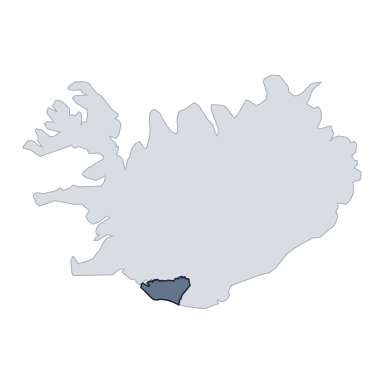 location of Rangárþing eystra, Suðurland, Iceland
{"feature_id": "244011B21062297179388", "entity_name": "Rangárþing eystra", "entity_type": "district", "adm_level": 2, "iso_a3": "ISL", "parent_name": "Iceland", "parent_adm1": "Suðurland", "projection": "orthographic", "projection_center": [-19.715, 63.654], "detail": "fine", "context": "in_parent", "style": "filled", "palette": "slate", "viewbox_px": 384, "rotation_deg": 0, "n_neighbors": 0, "source": "geoboundaries", "source_scale": "gbopen_adm2", "svg_char_len": 7524}
<svg xmlns="http://www.w3.org/2000/svg" viewBox="0 0 384 384"><path d="M293.8,95.7L297.2,95.8L302.6,92.9L310.1,84.9L313.4,83.0L321.1,82.4L312.3,90.3L309.4,98.4L307.1,102.5L307.2,104.2L314.2,108.5L317.3,106.7L318.8,107.2L320.2,109.3L321.5,113.7L321.2,118.4L319.7,123.2L317.4,127.3L317.8,128.5L320.0,129.0L330.9,125.8L332.6,131.4L333.8,133.2L333.6,135.1L329.7,141.6L334.6,137.3L338.6,135.9L345.9,137.2L349.0,139.2L351.0,142.9L354.4,141.4L356.2,143.5L356.5,145.8L355.6,152.5L351.7,156.1L354.6,160.6L356.8,160.5L357.3,161.6L357.3,164.4L354.3,168.0L360.1,171.1L360.9,172.4L361.0,176.6L360.3,179.1L358.8,180.6L354.9,181.2L352.6,183.0L353.7,185.5L353.6,192.6L351.0,198.7L348.4,202.1L345.7,204.3L337.6,202.8L338.3,207.7L335.7,211.1L336.5,213.6L337.6,214.8L337.4,218.2L334.3,225.3L331.9,227.7L327.0,230.8L320.0,237.6L312.5,238.0L294.5,248.1L287.5,253.4L275.0,268.6L269.6,272.6L260.1,274.9L231.6,285.4L228.5,291.2L228.3,292.4L229.7,294.6L227.6,298.7L223.3,301.7L221.2,301.7L217.5,299.4L217.1,300.6L218.6,303.6L204.4,308.8L184.6,306.4L167.1,299.4L153.2,297.9L143.6,288.1L143.3,286.5L144.4,283.6L147.9,282.4L146.3,279.4L140.4,284.5L138.5,284.3L136.0,282.2L135.9,280.1L131.1,279.3L122.8,272.9L122.2,271.4L124.2,269.4L123.9,269.0L119.3,269.2L112.5,274.8L73.1,275.6L71.9,272.5L70.8,261.3L72.4,256.6L74.0,257.1L78.3,263.7L88.9,260.6L93.2,258.4L97.4,252.4L99.7,250.5L103.1,242.9L106.5,238.2L113.1,236.2L107.3,234.6L97.3,240.5L94.0,240.4L95.6,237.7L99.1,234.8L96.8,234.5L96.0,233.1L96.0,230.2L97.8,225.6L109.6,217.7L106.9,216.1L98.8,222.1L92.9,224.1L88.3,221.0L86.2,217.0L86.5,215.4L89.4,210.5L89.0,209.6L87.1,209.0L82.3,204.2L74.3,204.3L54.6,200.7L39.4,206.1L36.0,202.9L33.5,196.4L34.2,194.0L36.9,192.8L44.2,193.5L55.0,191.1L60.1,187.8L61.9,188.8L62.7,190.6L69.4,188.2L73.0,185.1L78.9,186.9L101.1,186.1L104.1,182.0L105.4,177.0L104.9,175.9L96.6,180.3L94.8,180.1L85.5,177.3L82.3,174.4L83.5,172.2L88.6,167.6L101.5,160.1L103.3,158.5L103.6,156.6L98.7,153.0L89.3,153.6L87.0,149.5L79.4,146.7L74.1,148.0L71.5,145.4L40.1,156.4L30.5,149.9L23.5,148.4L23.0,146.5L27.6,141.2L30.5,140.4L33.3,141.1L38.4,145.4L42.1,146.8L37.8,140.8L37.9,135.2L36.6,133.7L35.4,130.0L36.1,128.8L41.6,129.9L50.1,136.9L54.6,136.0L60.5,132.2L47.9,129.2L44.3,123.9L47.2,121.5L53.8,122.2L47.0,113.1L46.8,111.6L48.3,107.8L57.1,111.7L52.7,106.3L52.6,105.1L54.0,104.3L55.0,101.2L57.3,100.1L61.8,101.4L68.6,107.7L69.5,109.4L69.5,115.5L72.3,114.7L75.6,115.7L78.6,111.7L80.5,112.8L81.8,116.5L81.2,124.6L83.3,121.9L86.6,121.8L87.5,115.2L87.1,109.8L76.5,103.2L72.5,98.5L73.1,97.0L75.2,95.8L86.5,95.2L81.8,92.4L80.8,89.7L72.2,90.3L68.0,89.0L67.9,87.6L69.8,85.7L75.1,81.8L84.9,81.9L88.8,83.2L96.0,92.6L101.9,96.5L111.8,109.2L118.2,114.2L118.5,115.4L117.3,116.8L114.8,118.4L118.6,120.6L120.9,123.9L121.0,125.3L118.6,135.2L116.0,138.4L109.9,136.3L111.3,139.6L115.6,143.1L116.5,145.0L115.8,146.8L117.9,146.3L118.6,147.4L117.5,153.0L116.3,155.0L120.0,156.3L122.4,159.1L125.3,170.6L127.1,161.9L128.1,158.7L129.6,157.5L131.6,148.6L135.8,143.4L139.7,141.5L143.6,147.8L146.5,148.4L149.6,137.5L150.1,129.4L149.3,120.5L149.8,114.2L151.8,110.4L154.4,109.3L159.8,113.1L164.3,121.9L171.2,131.5L176.0,133.9L176.9,133.6L177.7,130.5L177.0,117.9L179.2,111.1L184.8,109.4L193.2,103.2L195.2,102.9L199.4,106.5L207.2,119.0L212.8,124.8L215.8,134.1L217.1,135.9L218.2,132.9L218.2,128.7L211.2,109.4L211.1,106.7L211.7,104.6L223.4,105.4L226.1,107.4L234.6,118.3L238.4,113.6L245.8,100.2L248.6,100.5L255.5,105.5L258.2,104.9L265.8,99.8L267.2,93.6L263.2,81.3L264.5,78.7L271.5,75.2L279.3,75.4L288.1,86.5L288.8,91.8L293.8,95.7Z" fill="#d9dde1" stroke="#a8b0b8" stroke-width="1"/><path d="M181.7,295.6L190.0,285.5L188.9,280.9L189.0,279.7L188.9,279.7L188.7,279.4L188.6,279.2L188.4,279.1L187.9,278.9L187.7,278.8L187.2,278.9L187.0,279.2L186.9,279.2L186.7,279.0L186.5,278.8L186.3,278.7L186.2,278.6L186.0,278.4L185.9,278.4L185.7,278.2L185.4,278.2L185.2,278.0L184.9,277.8L184.9,277.7L185.1,277.6L185.2,277.4L184.9,277.0L184.8,276.9L184.7,277.0L184.6,277.3L184.3,277.3L184.2,277.4L184.1,277.2L183.9,277.3L183.6,277.2L183.5,277.3L183.4,277.3L183.2,277.4L183.0,277.5L182.8,277.6L182.7,277.8L182.4,277.8L182.3,277.7L182.1,277.6L182.2,277.4L182.2,277.2L182.1,276.9L182.2,276.7L181.9,276.5L181.7,276.5L181.4,276.6L181.2,276.5L180.9,276.7L180.7,276.8L180.4,276.9L180.1,276.9L180.0,277.1L179.8,277.3L179.8,277.5L179.7,277.5L179.6,277.4L179.5,277.5L179.4,277.6L179.1,277.7L179.0,277.8L178.9,277.8L178.8,278.0L178.7,278.0L178.4,278.3L178.4,278.2L178.3,278.3L178.2,278.3L177.9,278.3L177.7,278.3L177.4,278.4L177.1,278.3L176.9,278.4L176.8,278.5L176.7,278.5L176.4,278.6L176.2,278.5L176.2,278.4L175.8,278.4L175.6,278.5L175.3,278.8L175.1,278.9L174.9,279.1L174.0,280.9L168.4,280.3L164.6,281.0L161.8,280.5L161.3,280.7L161.0,280.7L161.0,280.8L160.9,280.8L160.7,281.0L160.1,281.1L159.8,281.1L159.4,280.9L159.2,281.1L159.0,280.8L159.0,280.7L159.0,280.4L158.8,280.3L158.7,280.1L158.4,280.0L158.3,279.9L158.2,279.9L157.9,279.8L157.6,279.8L157.4,279.9L157.2,279.9L157.2,279.7L157.0,279.8L156.9,279.7L156.7,279.7L156.6,279.8L156.4,279.8L156.4,280.0L156.2,280.1L156.1,279.9L155.7,280.0L155.4,279.9L155.3,279.7L155.2,279.7L155.0,279.9L154.9,279.9L154.6,279.8L154.5,280.0L154.4,280.1L154.5,280.5L154.3,280.7L154.2,280.5L154.2,280.4L154.3,280.3L154.3,280.2L154.2,280.2L153.9,280.3L153.9,280.6L153.6,280.6L153.3,280.7L153.2,280.7L153.1,280.9L152.9,280.9L152.7,280.8L152.8,281.0L152.6,281.3L152.5,281.2L152.3,281.1L152.2,281.1L152.1,281.4L152.1,281.6L152.1,281.8L152.0,281.7L151.9,281.7L151.7,281.4L151.3,281.5L150.9,281.6L150.7,281.4L150.7,281.5L150.4,281.7L150.2,281.7L150.0,281.4L149.9,281.3L149.7,281.4L149.6,281.6L149.2,281.8L149.1,281.6L148.9,281.6L148.7,281.8L148.4,282.0L148.5,282.0L148.5,282.3L148.5,282.6L148.4,282.7L148.0,282.7L148.0,282.8L148.0,283.0L147.9,283.0L147.7,282.9L147.5,283.0L147.5,283.3L147.6,283.5L147.9,284.3L148.1,284.3L148.8,285.0L149.2,285.0L149.3,285.1L149.5,285.3L149.4,286.2L147.3,286.0L144.7,284.3L143.4,283.5L142.8,283.1L142.5,283.3L142.0,283.7L141.7,284.0L141.5,284.3L141.3,284.7L141.3,285.1L141.3,285.3L141.3,285.8L141.3,286.0L141.1,286.7L141.0,286.9L140.9,287.1L140.8,287.3L141.5,288.0L142.1,288.5L142.6,288.9L144.8,291.0L145.2,291.4L145.3,291.6L145.6,292.0L145.9,292.3L146.2,292.5L146.5,292.8L146.8,293.2L147.0,293.4L147.4,293.8L147.5,293.9L147.9,294.3L148.4,294.8L148.6,295.0L149.2,295.7L149.4,295.8L149.7,296.1L149.9,296.3L150.1,296.5L150.3,296.8L150.5,296.9L150.9,297.3L151.0,297.4L151.5,297.9L151.7,298.0L151.9,298.2L152.2,298.5L152.5,298.6L152.6,298.8L152.8,298.9L153.1,299.1L153.5,299.4L153.8,299.5L154.2,299.6L154.5,299.7L155.7,299.8L155.8,300.0L155.8,299.9L156.1,299.9L156.1,300.0L156.1,299.9L156.4,299.9L157.1,300.0L157.3,299.9L157.6,299.9L158.2,299.6L158.9,299.5L159.2,299.5L159.8,299.4L161.0,299.4L162.3,299.4L163.5,299.5L164.2,299.6L164.5,299.7L164.8,299.7L165.2,299.7L165.9,299.9L166.3,299.9L166.3,300.0L167.5,300.2L169.1,300.6L169.6,300.8L169.8,300.9L170.1,301.0L170.5,301.1L171.8,301.6L172.2,301.7L172.9,302.1L173.2,302.1L173.6,302.3L174.5,302.7L175.1,303.1L175.9,303.5L176.2,303.6L176.7,303.9L177.3,304.2L178.2,304.6L178.9,304.9L178.9,304.0L178.9,303.7L178.9,303.0L178.9,302.8L179.0,302.5L179.2,302.2L179.3,301.9L179.4,301.7L179.5,301.5L179.4,301.4L179.4,301.2L179.5,300.9L179.5,300.7L179.5,300.4L179.6,300.2L179.9,299.5L180.1,299.4L180.3,299.4L180.7,299.2L180.8,299.0L180.8,298.9L180.9,298.7L181.0,298.4L181.0,298.2L181.0,297.9L181.1,297.7L181.1,297.3L181.4,297.1L181.4,296.9L181.5,296.8L181.5,296.7L181.5,296.3L181.5,296.2L181.6,295.8L181.7,295.6Z" fill="#64748b" stroke="#1e293b" stroke-width="1.5"/></svg>